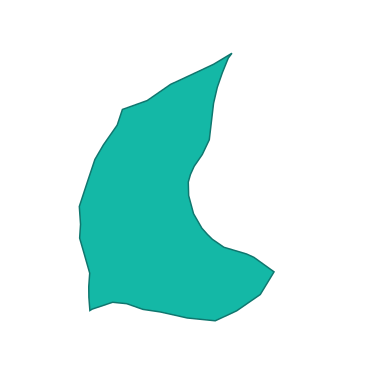 outline of Kowon, Hamgyŏng-namdo, North Korea, rotated 288°
{"feature_id": "82179303B22851132027505", "entity_name": "Kowon", "entity_type": "district", "adm_level": 2, "iso_a3": "PRK", "parent_name": "North Korea", "parent_adm1": "Hamgyŏng-namdo", "projection": "robinson", "projection_center": [127.128, 39.407], "detail": "fine", "context": "isolated", "style": "filled", "palette": "teal", "viewbox_px": 384, "rotation_deg": 288, "n_neighbors": 0, "source": "geoboundaries", "source_scale": "gbopen_adm2", "svg_char_len": 705}
<svg xmlns="http://www.w3.org/2000/svg" viewBox="0 0 384 384"><g transform="rotate(288 192 192)"><path d="M336.3,187.1L320.1,173.0L300.7,152.3L287.8,138.4L265.1,121.1L249.0,100.3L232.5,100.2L209.5,93.2L193.0,89.6L169.9,89.4L143.4,89.3L126.8,96.0L113.4,99.4L103.4,106.2L83.2,119.8L69.9,123.1L59.9,126.5L47.7,131.5L49.8,133.3L62.6,150.6L65.6,164.4L65.2,181.6L68.1,198.8L70.7,226.3L76.7,253.9L92.8,271.2L115.6,288.6L141.4,294.7L149.0,271.0L149.9,263.1L149.3,239.4L153.3,226.0L156.4,219.8L160.6,212.6L171.8,200.2L187.6,189.9L200.3,185.4L208.1,185.1L217.1,186.1L230.9,190.2L247.0,192.3L283.0,185.1L299.3,183.7L314.8,184.0L330.5,185.1L336.3,187.1Z" fill="#14b8a6" stroke="#0f766e" stroke-width="1.5"/></g></svg>